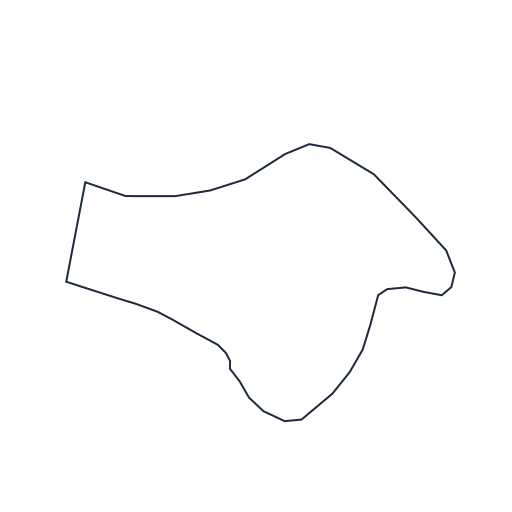 Madeinat Al Gedaref, Gedarif, Sudan (Equal Earth projection), rotated 120°
{"feature_id": "16777658B2948733564305", "entity_name": "Madeinat Al Gedaref", "entity_type": "district", "adm_level": 2, "iso_a3": "SDN", "parent_name": "Sudan", "parent_adm1": "Gedarif", "projection": "equal_earth", "projection_center": [35.386, 14.026], "detail": "fine", "context": "isolated", "style": "outline", "palette": "slate", "viewbox_px": 512, "rotation_deg": 120, "n_neighbors": 0, "source": "geoboundaries", "source_scale": "gbopen_adm2", "svg_char_len": 653}
<svg xmlns="http://www.w3.org/2000/svg" viewBox="0 0 512 512"><g transform="rotate(120 256 256)"><path d="M373.2,407.4L361.7,354.2L357.4,335.6L353.5,313.2L352.9,297.2L352.7,268.4L352.0,244.5L355.0,233.6L359.9,225.9L366.6,222.3L372.7,207.5L382.1,191.3L386.7,172.0L384.7,148.6L374.9,134.8L337.0,121.0L309.8,116.8L283.7,116.8L259.1,122.4L228.8,130.6L219.1,125.8L208.3,110.6L203.2,92.7L197.1,75.5L185.3,71.3L170.9,75.5L156.1,94.1L142.7,136.8L126.3,194.8L125.3,245.8L132.5,265.8L153.0,281.7L195.0,303.7L222.2,328.5L244.7,356.1L262.9,387.7L269.3,398.9L273.9,422.3L277.5,440.7L366.2,409.9L373.2,407.4Z" fill="none" stroke="#1e293b" stroke-width="2"/></g></svg>